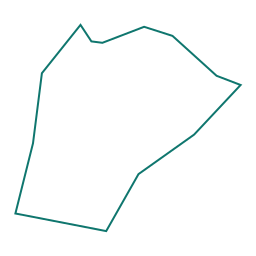 map outline of Salgótarján (orthographic projection)
{"feature_id": "HUN-4921", "entity_name": "Salgótarján", "entity_type": "Urban county", "adm_level": 1, "iso_a3": "HUN", "parent_name": "Hungary", "parent_adm1": "", "projection": "orthographic", "projection_center": [19.799, 48.1], "detail": "fine", "context": "isolated", "style": "outline", "palette": "teal", "viewbox_px": 256, "rotation_deg": 0, "n_neighbors": 0, "source": "natural_earth", "source_scale": "10m", "svg_char_len": 280}
<svg xmlns="http://www.w3.org/2000/svg" viewBox="0 0 256 256"><path d="M80.5,24.9L91.4,41.4L102.4,42.8L144.1,26.8L172.5,35.9L216.6,75.8L240.6,85.0L194.1,134.6L138.5,174.1L106.2,231.1L15.4,213.5L33.0,143.3L41.9,73.2L80.5,24.9Z" fill="none" stroke="#0f766e" stroke-width="2"/></svg>